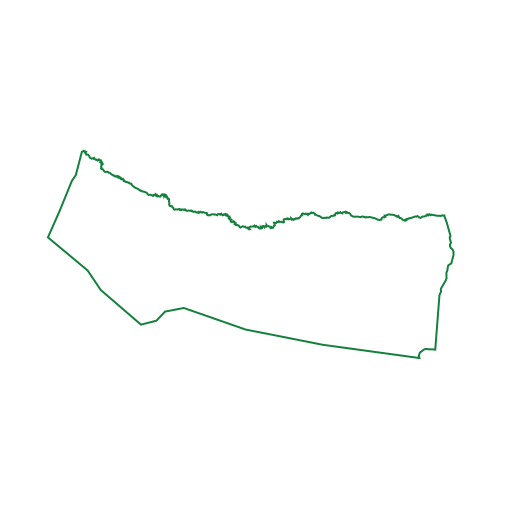 Oichili-Dimani, Andjazîdja, Comoros, rotated 291°
{"feature_id": "10938185B16841428111903", "entity_name": "Oichili-Dimani", "entity_type": "district", "adm_level": 2, "iso_a3": "COM", "parent_name": "Comoros", "parent_adm1": "Andjazîdja", "projection": "equal_earth", "projection_center": [43.406, -11.657], "detail": "fine", "context": "isolated", "style": "outline", "palette": "green", "viewbox_px": 512, "rotation_deg": 291, "n_neighbors": 0, "source": "geoboundaries", "source_scale": "gbopen_adm2", "svg_char_len": 6099}
<svg xmlns="http://www.w3.org/2000/svg" viewBox="0 0 512 512"><g transform="rotate(291 256 256)"><path d="M198.8,55.1L182.2,103.9L168.6,123.3L150.7,173.2L159.9,186.2L171.5,191.0L181.6,207.2L183.6,272.6L197.0,350.0L219.3,445.1L221.1,443.8L224.1,443.6L225.1,443.9L229.0,446.5L230.0,447.7L230.5,449.0L230.8,450.9L232.0,453.8L232.8,456.9L285.2,441.3L289.1,441.5L290.6,440.7L292.2,440.4L301.2,441.9L303.3,441.9L308.5,439.8L310.9,439.8L315.3,438.9L316.3,438.9L319.1,441.0L327.8,440.0L330.7,438.9L332.5,437.2L333.4,434.8L334.8,433.6L336.0,433.0L338.3,433.3L341.2,431.0L343.0,430.1L344.4,430.4L355.7,422.0L360.8,417.5L361.3,417.3L360.8,416.5L360.7,415.4L359.8,414.1L359.5,414.0L359.0,411.9L358.6,411.3L357.5,405.1L356.7,404.5L357.2,403.3L356.9,403.1L356.5,402.0L356.2,402.6L355.7,402.5L354.9,400.2L354.1,400.2L353.0,398.6L352.5,397.2L350.6,396.1L350.4,394.8L351.2,392.5L350.2,391.8L350.0,390.5L346.4,386.4L346.4,385.6L345.4,385.0L344.6,383.3L343.9,382.8L343.7,383.6L343.3,383.7L342.3,382.5L342.4,379.8L343.2,378.1L343.2,376.8L342.9,376.4L344.4,374.7L343.4,374.2L343.2,373.7L343.2,373.4L343.8,373.3L343.5,371.9L343.8,370.1L342.3,364.8L340.0,362.4L339.9,361.8L339.0,362.5L338.9,361.8L338.0,361.8L337.8,360.8L336.8,359.9L336.4,359.7L335.0,360.1L333.9,358.5L333.6,356.8L333.8,353.5L333.1,347.9L332.3,346.8L331.8,344.9L331.4,344.8L331.2,343.5L331.4,342.9L331.1,342.6L331.0,341.0L329.8,339.9L329.3,337.2L327.6,332.7L327.9,330.2L328.7,329.4L329.5,327.6L329.5,326.9L329.1,326.5L329.5,324.7L329.1,324.7L329.3,324.1L328.6,324.1L328.9,323.2L327.7,321.4L326.7,321.3L326.7,319.3L327.0,318.9L326.1,318.4L326.0,317.0L325.2,317.2L324.9,317.0L325.2,316.3L324.6,315.2L324.0,314.9L322.4,315.3L322.1,315.0L322.1,314.4L321.6,314.4L320.5,312.3L319.8,311.5L319.1,311.4L318.6,310.8L318.2,310.8L317.5,309.6L317.2,308.1L316.7,307.8L316.7,307.4L315.5,305.0L315.3,303.6L316.0,300.9L315.7,299.3L316.0,297.2L315.7,296.3L316.4,295.8L316.9,294.0L316.4,293.2L316.5,292.6L316.1,292.4L316.3,291.9L314.3,290.8L314.2,289.7L313.0,289.7L313.5,288.3L313.2,288.0L313.4,287.3L312.6,286.5L312.6,284.6L311.8,283.9L310.8,284.4L310.8,283.9L307.6,283.1L307.0,282.7L306.6,281.9L305.9,281.8L305.5,279.8L304.9,279.8L304.0,278.2L303.3,278.2L303.4,277.3L302.8,276.6L303.5,276.1L303.3,275.8L303.7,275.2L303.3,275.3L302.6,274.4L302.3,273.6L302.5,272.8L302.0,272.0L302.2,271.5L301.9,271.3L301.5,271.9L300.7,269.3L299.6,268.8L297.6,270.0L297.2,269.7L297.1,268.8L296.8,268.3L297.1,267.4L296.3,266.0L296.7,264.8L296.2,264.6L296.0,265.1L295.5,264.3L295.5,263.3L294.2,263.1L293.5,260.9L291.5,262.6L289.6,261.7L288.7,261.9L288.0,261.0L287.4,259.7L288.6,259.4L288.2,258.3L288.4,255.7L287.6,255.4L288.3,254.7L287.6,254.9L286.7,254.2L286.9,253.9L286.5,253.2L286.2,253.3L286.8,252.3L286.4,251.8L285.9,252.2L285.6,251.1L284.1,251.6L283.7,251.2L283.7,250.3L284.0,250.0L283.2,250.2L283.0,249.8L283.1,248.6L283.8,247.4L283.6,246.9L284.1,245.4L283.0,244.9L283.1,244.6L283.4,244.5L283.8,243.6L282.8,243.4L281.4,240.2L279.6,239.0L279.2,239.0L278.8,240.5L278.4,240.1L279.1,237.8L279.3,238.3L279.6,238.3L278.9,236.2L279.5,235.2L279.0,234.2L279.0,232.9L277.0,231.3L277.1,230.4L278.2,229.1L278.1,227.7L278.3,227.4L277.7,226.5L277.7,225.8L278.0,225.2L279.0,225.3L278.7,224.5L279.4,224.6L279.6,223.9L280.3,223.5L280.3,222.2L279.6,222.2L278.9,221.1L278.9,220.7L279.2,220.1L280.1,219.8L280.6,218.9L281.2,219.4L281.3,218.2L281.0,217.8L281.4,217.1L282.6,217.8L283.0,217.1L283.3,217.0L283.0,216.3L283.6,215.1L284.3,214.5L284.5,213.8L284.3,213.2L283.6,213.6L283.9,212.8L283.3,212.9L283.7,211.6L283.5,211.2L283.1,210.9L282.5,211.0L282.1,210.5L282.5,208.9L283.0,208.4L281.8,207.8L282.2,207.2L281.3,205.3L280.2,205.2L280.2,202.9L279.8,202.5L279.4,200.4L279.1,199.7L277.4,198.4L277.4,197.5L276.8,196.8L277.0,195.4L278.3,195.1L278.5,194.6L278.0,192.7L278.0,191.1L277.3,190.3L277.6,189.9L277.3,189.6L277.3,188.9L276.7,188.1L277.0,187.8L275.8,187.1L276.3,186.3L275.6,186.1L275.3,184.7L275.7,183.8L275.4,183.3L275.5,182.9L274.8,181.8L274.8,181.3L275.2,180.5L274.8,179.8L275.3,179.4L275.2,179.1L274.8,179.1L274.4,177.0L273.8,176.2L273.3,174.7L273.4,173.7L273.9,173.7L274.1,173.3L273.8,172.3L273.2,171.9L273.0,170.2L272.1,170.0L271.7,169.0L271.8,168.1L272.5,168.0L272.5,167.6L271.2,166.0L270.9,164.5L270.1,163.6L270.1,163.0L270.2,162.5L271.5,161.4L271.5,160.4L272.3,159.8L272.3,158.9L271.8,157.7L272.8,156.5L274.0,156.3L275.6,155.3L277.5,154.7L278.1,154.2L277.7,153.2L278.5,152.8L279.1,152.0L278.9,151.7L279.4,151.6L279.0,150.5L279.4,150.4L279.8,150.8L280.6,150.3L280.8,148.8L280.5,148.6L279.2,148.6L280.3,147.9L280.2,147.0L279.5,147.0L279.8,146.2L278.4,145.6L277.3,145.6L277.1,145.3L276.8,144.2L277.1,143.5L276.5,142.9L276.9,142.4L276.5,142.4L276.5,141.9L277.2,141.7L277.2,141.0L276.6,141.0L276.8,140.7L277.5,140.7L277.8,140.1L276.9,139.8L276.6,139.4L276.7,138.9L276.2,138.4L275.8,138.9L275.4,138.7L275.2,138.3L275.4,135.4L274.5,133.9L274.8,132.8L275.7,131.6L275.9,130.7L275.9,128.0L275.5,127.0L275.7,126.7L275.5,125.6L275.8,125.2L275.5,124.6L276.1,123.4L275.9,122.6L276.4,121.6L276.4,118.5L276.7,118.1L276.8,117.1L277.6,115.1L278.7,113.7L278.4,112.6L278.9,111.6L278.6,111.2L278.9,110.8L278.7,109.6L278.9,109.0L278.6,108.6L278.7,108.1L278.5,107.6L278.8,107.0L278.5,106.0L278.7,105.4L279.6,105.3L279.6,104.8L280.4,104.0L280.2,103.2L279.7,103.3L279.3,102.6L279.8,101.5L280.4,101.7L280.5,100.9L280.1,100.2L280.9,100.3L281.1,99.3L280.9,98.9L281.0,97.8L280.2,98.0L279.9,96.8L280.1,96.2L279.7,95.7L280.3,94.4L280.0,93.9L280.4,93.2L280.3,92.3L281.1,90.2L281.2,89.0L280.9,88.5L281.4,87.6L281.4,86.9L280.5,85.4L280.5,84.4L282.1,81.8L281.8,80.9L282.1,80.0L283.5,80.0L283.9,79.3L285.3,79.4L285.9,78.9L286.8,79.2L287.0,79.8L287.8,79.2L287.4,78.5L287.5,78.0L288.0,78.7L288.3,78.5L289.1,77.3L288.9,76.9L289.4,76.8L289.1,76.3L289.6,75.8L289.3,75.1L289.8,75.1L289.7,74.3L288.3,73.8L288.8,72.5L288.4,71.8L289.0,70.5L288.7,70.1L289.6,69.5L288.0,67.9L288.2,65.6L289.4,64.8L290.4,62.9L290.3,62.2L289.8,61.2L290.9,60.3L291.1,59.5L291.8,59.5L292.4,59.9L292.5,59.5L291.9,58.7L292.6,57.8L292.5,57.4L291.8,57.2L290.9,56.1L267.0,58.8L260.2,57.2L227.4,56.5L198.8,55.1Z" fill="none" stroke="#15803d" stroke-width="2"/></g></svg>